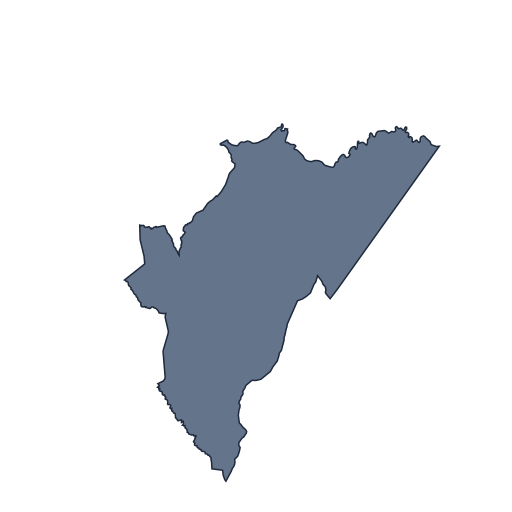 Palpalá, Jujuy, Argentina (Natural Earth projection), rotated 37°
{"feature_id": "61730980B21987921647817", "entity_name": "Palpalá", "entity_type": "district", "adm_level": 2, "iso_a3": "ARG", "parent_name": "Argentina", "parent_adm1": "Jujuy", "projection": "natural_earth1", "projection_center": [-65.169, -24.19], "detail": "fine", "context": "isolated", "style": "filled", "palette": "slate", "viewbox_px": 512, "rotation_deg": 37, "n_neighbors": 0, "source": "geoboundaries", "source_scale": "gbopen_adm2", "svg_char_len": 6103}
<svg xmlns="http://www.w3.org/2000/svg" viewBox="0 0 512 512"><g transform="rotate(37 256 256)"><path d="M367.5,454.0L365.8,442.8L364.9,439.7L364.9,437.6L364.4,435.5L363.4,433.5L361.3,431.1L361.9,427.1L361.0,424.1L359.8,420.9L358.5,418.4L356.3,417.7L354.6,415.2L354.5,409.5L355.1,408.0L354.9,403.4L354.2,401.8L352.2,400.9L348.4,400.6L345.5,399.7L343.2,399.4L337.7,393.8L335.2,389.4L334.2,386.5L332.9,384.6L331.0,383.8L330.0,382.0L330.0,379.8L328.8,377.3L328.9,375.1L328.5,373.8L327.0,372.2L326.5,367.8L325.8,365.5L327.6,357.7L330.8,355.5L334.1,351.5L337.0,339.5L336.2,334.4L336.2,327.1L334.3,321.8L333.1,319.7L333.1,316.2L329.1,306.4L327.5,304.2L326.8,302.0L323.9,295.8L323.3,293.9L322.0,291.7L316.1,266.8L319.0,262.2L320.5,258.0L321.7,252.7L319.4,244.0L319.3,240.6L317.0,234.7L323.7,236.5L326.7,238.4L329.7,238.8L332.3,241.0L333.2,243.2L334.5,244.0L340.9,245.5L341.0,234.4L336.3,58.0L334.2,60.0L329.5,61.5L328.4,61.4L326.1,59.9L320.6,59.5L319.4,59.1L317.6,59.2L316.8,60.1L316.1,62.0L316.7,63.9L318.1,65.5L318.1,67.0L317.3,67.4L315.1,66.8L314.2,67.0L313.9,68.4L312.9,70.5L312.4,70.9L312.0,70.7L310.8,68.9L309.2,67.6L307.4,67.8L306.9,68.2L307.0,69.3L306.5,69.4L305.7,69.1L304.8,66.9L303.8,66.2L302.6,66.1L301.1,67.2L300.3,67.1L300.0,64.1L299.3,63.0L298.7,62.6L297.9,62.9L297.7,64.0L298.4,66.2L298.1,66.9L296.9,67.0L295.3,66.6L294.6,66.9L293.3,68.5L290.5,68.0L290.1,68.2L290.1,69.9L291.9,71.4L292.2,72.8L291.3,74.1L289.4,74.9L288.5,77.2L287.9,78.1L284.1,78.2L283.0,78.6L278.4,83.0L278.0,85.1L279.1,88.4L278.9,89.7L277.2,89.8L274.7,88.5L273.5,88.8L273.4,90.0L274.3,91.7L274.8,92.1L275.3,92.9L275.2,96.1L277.1,98.9L277.5,100.0L277.5,100.9L273.2,100.8L271.9,101.8L270.6,104.1L269.9,103.8L269.0,102.6L268.5,102.9L268.6,103.9L271.6,108.5L271.9,109.4L271.8,110.2L271.4,110.6L270.5,110.2L269.6,109.0L268.8,109.3L267.8,110.4L267.0,112.4L267.1,114.2L267.8,117.0L268.4,118.2L269.7,118.1L270.2,118.4L270.3,120.9L269.7,122.3L268.9,123.0L267.8,123.1L266.2,122.2L265.3,122.2L264.5,122.4L263.9,123.4L263.5,125.5L263.6,129.1L264.5,130.7L264.6,131.5L264.4,132.0L263.5,132.6L263.6,135.0L264.3,136.7L264.4,137.7L264.0,138.8L263.3,139.5L256.6,142.1L254.6,141.9L252.3,141.3L249.5,141.9L247.3,143.0L245.3,144.6L243.5,147.3L240.2,149.0L237.7,149.4L236.3,149.2L233.3,147.7L226.9,146.8L224.8,146.7L222.2,147.6L221.6,147.1L221.7,144.5L221.1,144.0L219.3,144.2L216.5,146.0L212.7,146.3L211.9,147.3L211.2,147.4L210.0,146.1L207.2,138.3L206.4,137.4L205.3,136.8L204.8,135.6L202.6,136.6L202.5,137.1L203.1,138.0L203.2,139.0L202.0,139.6L201.8,140.4L201.1,140.8L200.3,140.5L199.9,139.9L200.1,137.5L199.8,136.4L198.5,135.0L197.6,134.8L197.3,135.1L197.3,135.6L198.2,137.2L198.3,137.9L196.2,140.7L196.4,143.2L195.0,147.6L194.9,152.0L194.2,155.5L192.5,157.9L189.5,164.1L187.5,166.4L185.4,168.1L182.0,168.4L179.9,169.4L177.8,172.7L175.9,173.5L175.2,174.8L174.9,176.4L175.0,178.8L174.3,179.5L171.5,181.1L169.3,181.8L165.6,181.9L163.7,180.7L163.0,181.0L159.9,187.8L160.6,188.6L161.9,188.2L163.1,187.1L164.4,186.8L166.9,186.9L170.0,187.8L172.0,189.4L174.9,189.9L176.0,191.0L176.9,192.4L178.6,193.2L179.3,194.7L180.6,195.0L183.9,195.1L185.7,198.5L185.1,205.6L185.5,207.7L186.1,208.9L188.7,217.3L189.5,225.3L189.2,231.9L188.1,231.9L187.5,237.5L186.5,239.7L185.7,243.2L186.1,251.3L182.7,257.2L182.5,258.3L182.5,262.4L183.8,265.6L183.9,266.7L183.5,269.1L182.9,269.5L182.9,270.4L182.2,270.8L181.9,271.4L182.3,272.4L181.0,273.5L181.0,276.8L182.6,279.6L185.2,279.6L185.5,281.6L185.0,283.6L185.4,284.1L185.6,285.0L184.9,285.8L185.0,287.1L186.8,288.5L187.8,288.7L188.2,289.7L189.1,290.5L189.3,292.0L191.0,294.1L190.9,295.0L191.0,295.9L191.3,296.2L191.3,297.4L191.8,298.1L193.0,300.5L193.8,300.9L194.3,301.7L191.4,300.6L190.7,299.7L188.3,299.2L187.4,298.3L184.4,297.8L182.5,295.7L181.3,295.3L180.3,294.5L179.5,294.6L179.4,293.6L178.3,292.8L173.6,291.1L172.4,291.1L170.6,290.4L169.6,289.5L166.7,288.1L165.4,286.9L164.7,287.3L164.2,287.2L159.6,292.6L159.2,292.5L159.2,293.0L158.2,292.9L158.1,293.5L157.2,294.4L156.8,296.7L156.0,297.5L155.6,296.8L154.4,297.4L153.0,296.9L152.3,297.5L151.8,298.7L150.9,299.0L150.2,299.8L149.2,299.8L148.3,299.2L147.7,299.3L146.2,300.4L145.9,301.3L145.3,301.0L144.5,301.3L153.8,312.9L166.6,323.4L171.9,329.3L165.4,354.3L166.5,354.0L167.7,354.5L168.7,353.8L169.1,353.8L170.0,354.3L172.1,356.3L173.5,356.2L175.3,356.7L176.2,357.9L177.7,357.8L182.0,359.7L183.5,359.4L185.0,360.6L186.6,360.5L187.4,361.5L188.7,362.2L192.3,362.8L193.0,363.9L194.7,365.3L196.4,364.8L197.3,363.5L198.6,363.6L198.9,362.8L200.0,363.0L202.7,361.9L203.1,361.4L203.4,359.5L204.6,358.6L206.0,358.8L206.7,358.3L208.2,358.1L210.8,358.6L212.7,359.7L213.2,359.7L213.7,359.2L215.0,358.8L215.4,358.2L216.4,358.0L218.5,356.1L219.2,357.8L220.5,359.8L230.2,367.9L231.7,369.4L232.6,371.2L238.5,386.8L239.4,388.4L256.5,407.6L257.2,409.5L257.1,411.8L254.4,417.0L256.9,417.6L256.9,418.2L256.4,418.9L256.6,419.2L256.4,420.1L257.3,419.8L258.1,420.4L258.1,419.8L258.8,419.7L259.3,420.1L259.1,421.0L259.9,421.8L261.7,421.4L262.1,420.9L263.5,421.6L264.2,422.7L264.8,423.0L265.9,422.8L266.4,422.0L266.7,422.0L267.8,423.0L268.8,423.0L269.3,423.6L269.1,424.2L269.6,424.9L271.4,424.4L272.4,424.7L273.9,426.4L274.4,427.5L275.2,427.6L276.5,426.5L277.4,426.5L278.0,426.9L278.4,428.7L279.1,429.3L279.7,429.4L280.4,428.3L281.9,430.4L283.3,430.2L284.7,431.0L285.8,430.5L286.4,430.6L289.1,433.6L291.2,433.9L292.0,434.4L293.0,434.5L293.5,433.6L295.1,431.8L296.7,433.9L296.9,433.6L296.7,432.6L297.3,431.8L299.1,433.6L299.1,435.3L299.7,434.8L300.8,435.1L301.2,434.3L301.6,434.3L302.7,435.9L305.2,436.0L305.6,436.7L306.5,437.3L307.2,438.2L308.2,437.8L309.4,438.6L312.6,437.6L313.7,436.4L315.0,437.1L315.5,436.1L316.5,435.8L316.8,436.6L316.8,438.3L317.5,439.1L317.7,441.7L318.1,442.1L319.5,442.0L320.4,443.7L320.9,444.0L321.6,444.0L323.1,443.0L324.0,444.1L325.1,444.2L325.8,443.8L326.7,444.4L328.5,443.7L329.2,444.4L330.6,444.5L331.0,444.0L332.5,443.3L333.7,443.5L334.4,444.4L336.4,443.5L337.5,444.0L338.6,443.3L339.3,443.8L341.1,444.0L341.7,444.3L342.2,445.3L344.6,447.4L348.9,452.5L358.3,447.2L361.7,450.8L365.6,453.4L367.5,454.0Z" fill="#64748b" stroke="#1e293b" stroke-width="1.5"/></g></svg>